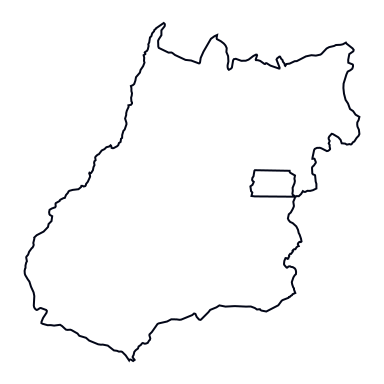 map outline of Goiás (Albers equal-area conic projection)
{"feature_id": "BRA-1294", "entity_name": "Goiás", "entity_type": "State", "adm_level": 1, "iso_a3": "BRA", "parent_name": "Brazil", "parent_adm1": "", "projection": "albers", "projection_center": [-49.017, -15.943], "detail": "fine", "context": "isolated", "style": "outline", "palette": "ink", "viewbox_px": 384, "rotation_deg": 0, "n_neighbors": 0, "source": "natural_earth", "source_scale": "10m", "svg_char_len": 5886}
<svg xmlns="http://www.w3.org/2000/svg" viewBox="0 0 384 384"><path d="M346.5,43.6L352.6,48.4L353.7,49.9L353.3,51.3L349.3,54.1L348.2,59.9L348.3,62.7L352.6,64.4L353.0,65.0L353.0,66.5L352.3,68.7L350.4,70.2L347.7,71.6L346.4,74.5L343.6,83.6L343.4,88.0L344.0,93.7L345.6,99.9L348.0,103.5L350.0,109.0L353.1,111.1L355.6,114.7L359.4,116.9L358.6,120.1L357.3,122.4L357.2,124.6L357.5,126.7L358.9,129.7L359.4,134.0L358.6,135.8L356.6,137.9L354.3,141.5L353.0,142.2L351.7,144.0L350.9,144.5L349.5,144.1L346.9,144.6L345.1,143.6L341.7,143.3L340.6,139.9L338.3,137.3L332.9,134.1L331.7,133.8L329.2,136.6L328.6,138.0L328.8,139.3L329.7,141.0L328.7,143.4L329.7,145.0L329.6,146.5L330.1,148.8L330.0,149.3L329.2,150.1L328.0,150.9L326.9,151.1L321.4,148.3L319.9,147.8L316.9,147.9L314.8,148.9L314.1,150.1L312.4,158.2L312.4,158.8L314.0,158.6L314.5,158.8L315.8,162.0L315.8,162.7L313.9,165.5L312.5,166.7L312.0,167.8L312.3,173.5L313.2,174.5L314.8,175.0L315.1,175.5L315.7,181.6L316.4,183.9L316.4,188.5L312.9,190.2L310.1,190.9L307.4,190.8L305.3,191.9L304.2,191.9L302.9,191.1L301.1,194.0L298.8,196.2L296.4,196.1L295.0,196.7L294.8,198.2L293.3,201.8L293.9,205.7L293.8,206.6L292.7,209.1L290.8,212.5L288.8,214.3L287.9,218.5L288.6,220.1L290.1,221.9L292.7,223.1L296.3,226.4L298.0,229.8L298.7,233.0L299.6,234.6L301.0,238.7L301.5,241.5L300.8,242.1L299.4,241.9L298.2,243.1L297.8,244.1L298.7,246.1L297.8,246.3L296.5,247.3L295.4,249.2L294.2,249.2L293.1,250.0L293.1,250.8L292.5,251.0L292.6,251.8L292.2,252.4L291.0,253.9L290.2,253.8L289.0,255.4L289.2,256.6L288.2,257.9L288.3,258.6L287.6,258.9L286.0,258.0L285.5,258.1L284.3,261.0L284.0,264.1L284.4,265.1L286.6,267.6L287.3,267.6L288.5,266.5L290.0,266.3L291.1,266.9L292.7,267.1L294.2,268.0L295.0,268.6L295.8,270.2L296.1,272.0L295.9,274.2L294.7,275.3L293.4,277.4L291.8,282.1L292.2,284.4L293.2,287.3L294.0,288.4L294.0,289.6L295.3,293.0L292.6,294.2L292.0,295.2L290.7,295.9L289.8,296.9L288.9,297.0L288.5,297.8L282.8,300.0L281.7,300.7L278.3,305.3L266.3,311.5L261.6,310.6L260.4,310.0L259.9,309.2L257.0,309.5L254.8,308.0L250.8,306.5L245.9,306.6L234.7,306.1L225.5,306.6L219.4,305.4L216.5,307.3L210.2,309.9L208.4,312.2L201.0,319.6L200.3,319.9L199.0,319.5L196.7,316.9L195.4,313.9L194.1,313.5L192.2,315.1L181.2,319.6L179.5,319.8L176.7,319.4L171.3,319.3L167.1,321.5L158.7,323.4L157.5,324.0L151.8,332.1L149.5,334.4L149.4,335.4L150.3,338.4L149.9,339.9L149.2,340.4L147.7,342.9L145.8,343.6L144.6,343.7L142.8,343.0L141.9,343.5L140.9,344.9L138.6,346.5L138.0,348.5L135.7,350.2L134.3,351.9L133.6,355.0L132.7,356.6L132.7,357.4L134.6,359.9L133.1,361.0L131.1,359.7L130.1,359.5L129.4,359.7L129.1,360.4L125.7,355.4L122.2,351.9L121.0,351.5L118.9,351.6L116.9,350.8L113.9,350.4L107.8,345.6L102.8,344.6L100.9,344.7L98.2,344.3L89.2,340.6L86.0,337.8L79.3,335.8L77.5,333.5L71.5,330.1L70.3,329.7L67.4,329.9L65.9,329.6L62.0,326.0L60.1,324.8L54.1,325.6L50.7,325.1L47.6,325.2L42.6,323.8L41.4,323.1L41.5,321.8L43.1,317.9L46.5,312.8L46.9,311.0L46.2,310.0L40.8,308.0L39.8,308.2L37.4,309.8L36.4,309.9L34.9,308.6L34.1,307.1L33.8,305.6L34.3,296.1L33.6,292.4L31.0,286.7L29.4,281.6L27.8,279.4L25.3,275.2L24.8,273.7L24.6,270.9L25.1,268.6L25.5,268.0L25.5,265.5L26.2,262.6L26.9,261.3L26.2,257.5L26.4,256.7L28.1,254.7L29.1,251.8L31.7,248.2L32.6,247.5L33.5,245.7L33.7,244.8L33.3,243.0L34.4,238.4L34.2,237.6L36.7,235.2L43.6,231.6L48.0,227.0L48.6,224.0L51.5,221.1L52.2,216.2L50.0,215.0L49.4,214.2L49.1,212.1L49.6,209.8L51.8,208.5L55.2,207.3L55.7,206.3L55.5,203.9L55.8,203.1L59.6,201.0L59.8,200.3L60.4,199.7L63.5,198.1L64.8,197.9L66.0,195.0L68.0,192.7L68.5,191.5L69.4,190.8L72.7,189.9L78.5,189.2L81.1,187.0L81.4,185.9L82.6,185.9L83.7,186.5L85.2,186.1L85.7,185.5L86.1,183.9L87.8,181.8L90.1,176.7L90.0,175.5L89.2,173.3L89.5,172.7L90.6,173.3L91.2,172.9L92.9,170.2L93.5,167.1L94.5,165.1L94.1,162.9L94.4,161.3L95.6,160.2L95.2,157.5L95.6,156.6L97.5,154.8L98.9,154.2L101.7,150.5L104.5,149.1L106.4,147.2L109.2,146.5L110.6,145.3L111.2,146.0L111.6,147.9L112.7,148.2L113.6,148.1L117.2,146.2L118.3,145.1L118.9,143.1L120.6,141.9L121.0,138.8L122.1,137.9L122.2,135.0L123.4,130.9L124.7,129.5L126.5,124.2L126.4,122.7L125.1,118.6L126.2,115.0L126.2,113.2L126.8,110.8L128.6,106.9L128.4,105.3L131.0,104.8L132.0,103.5L132.0,102.4L131.4,101.4L131.1,97.7L131.7,95.7L132.0,93.2L131.4,91.1L131.4,88.0L130.9,86.0L132.8,85.2L134.2,84.0L135.4,80.5L136.0,77.2L139.9,72.6L140.6,69.9L143.1,66.2L144.5,62.6L144.0,61.0L144.2,57.6L143.6,55.2L145.3,54.1L145.3,53.4L144.7,52.6L144.9,52.2L147.0,50.8L147.8,49.4L148.6,46.0L148.3,44.3L149.2,42.5L150.0,37.4L151.3,36.3L152.2,33.3L154.0,31.3L154.4,29.9L155.6,29.1L155.9,28.4L163.7,23.0L164.7,23.9L164.9,24.9L164.6,26.3L161.4,30.3L161.4,35.2L158.7,39.4L158.1,40.8L158.3,46.6L158.8,47.9L168.5,52.6L171.3,52.5L172.3,52.9L175.0,55.0L185.5,59.9L191.1,60.5L198.9,63.4L199.5,63.3L200.0,62.5L200.7,57.9L203.5,51.6L210.9,38.8L214.5,36.2L217.1,35.0L216.6,37.9L216.9,39.1L220.8,41.2L223.8,43.5L225.5,45.5L226.7,48.1L226.4,52.0L228.1,56.1L228.4,61.5L227.6,65.3L227.6,67.1L228.0,68.8L228.9,69.8L231.0,68.6L231.9,67.6L233.1,60.4L233.8,59.2L235.8,58.8L241.3,60.8L245.8,60.7L248.6,59.6L253.3,56.0L256.0,54.6L256.8,54.7L257.1,55.3L256.0,58.6L255.7,59.7L255.9,60.1L257.9,60.2L260.2,60.9L264.4,63.9L265.1,64.0L265.9,63.2L266.6,63.2L270.4,65.6L279.1,68.6L279.5,68.5L279.6,67.6L276.5,59.6L277.1,58.4L279.4,56.6L280.1,56.7L281.1,58.7L282.6,60.2L282.9,61.7L284.4,63.5L284.9,65.6L285.3,65.9L286.5,64.0L289.6,63.6L294.7,61.2L296.8,61.1L305.9,56.4L311.4,55.2L315.9,55.6L320.5,54.6L321.7,53.7L326.6,48.5L329.2,47.1L334.0,46.0L336.0,45.0L340.6,44.8L342.8,44.3L345.9,42.6L346.5,43.6ZM294.7,196.1L292.8,194.8L292.4,193.6L292.8,190.8L292.6,187.8L294.5,183.2L294.9,181.0L294.4,178.8L295.0,175.5L290.3,172.8L289.7,171.9L289.6,170.8L254.9,170.2L254.4,170.8L253.5,176.3L252.4,177.9L252.1,179.9L252.5,180.7L253.8,181.9L252.5,184.8L250.4,186.4L251.1,191.2L252.3,192.5L251.5,196.0L254.7,196.4L295.0,196.7L294.7,196.1Z" fill="none" stroke="#020617" stroke-width="2"/></svg>